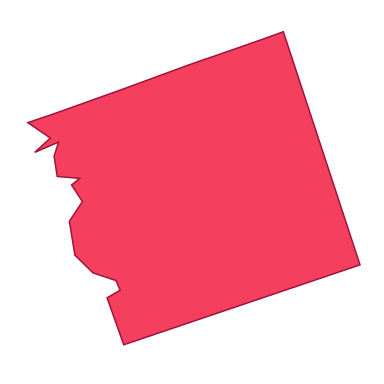 the district of Schuyler, Missouri, United States of America, rotated 342°
{"feature_id": "52423323B20022887638362", "entity_name": "Schuyler", "entity_type": "district", "adm_level": 2, "iso_a3": "USA", "parent_name": "United States of America", "parent_adm1": "Missouri", "projection": "equal_earth", "projection_center": [-92.615, 40.47], "detail": "fine", "context": "isolated", "style": "filled", "palette": "rose", "viewbox_px": 384, "rotation_deg": 342, "n_neighbors": 0, "source": "geoboundaries", "source_scale": "gbopen_adm2", "svg_char_len": 497}
<svg xmlns="http://www.w3.org/2000/svg" viewBox="0 0 384 384"><g transform="rotate(342 192 192)"><path d="M57.3,75.3L73.9,96.9L54.7,105.7L80.5,103.3L71.9,115.4L68.6,135.6L89.4,144.3L79.6,148.1L84.8,167.2L66.3,182.0L61.1,215.9L72.9,238.4L92.3,252.7L93.3,263.1L78.5,266.4L79.9,316.2L329.3,313.2L328.4,67.8L306.8,68.5L251.7,69.7L245.8,69.7L230.8,70.1L230.3,70.1L228.7,70.1L157.4,72.8L114.4,74.1L113.4,74.1L78.0,75.1L75.7,75.0L57.3,75.3Z" fill="#f43f5e" stroke="#9f1239" stroke-width="1.5"/></g></svg>